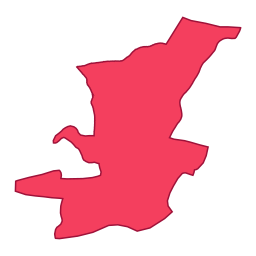 outline of Babonneau Proper, Castries, Saint Lucia
{"feature_id": "8701671B49626021137525", "entity_name": "Babonneau Proper", "entity_type": "district", "adm_level": 2, "iso_a3": "LCA", "parent_name": "Saint Lucia", "parent_adm1": "Castries", "projection": "mercator", "projection_center": [-60.946, 14.006], "detail": "fine", "context": "isolated", "style": "filled", "palette": "rose", "viewbox_px": 256, "rotation_deg": 0, "n_neighbors": 0, "source": "geoboundaries", "source_scale": "gbopen_adm2", "svg_char_len": 5613}
<svg xmlns="http://www.w3.org/2000/svg" viewBox="0 0 256 256"><path d="M182.8,17.4L166.2,44.1L165.8,44.0L165.3,44.2L164.8,43.8L164.2,43.7L163.8,43.7L163.1,43.4L162.6,43.3L162.3,43.3L162.0,43.2L161.4,43.2L160.5,43.1L159.4,43.2L157.8,43.4L157.4,43.6L157.0,43.7L155.7,43.9L155.2,44.0L154.3,44.4L153.8,44.7L153.5,44.8L152.6,45.0L152.2,45.3L151.4,45.8L150.9,45.8L150.1,46.3L149.5,46.4L149.1,46.4L148.6,46.5L148.2,46.6L147.9,46.7L147.5,46.8L147.0,46.6L146.5,46.6L145.7,46.8L145.3,46.7L145.0,46.6L144.4,46.8L143.9,46.7L143.6,46.8L143.1,46.8L142.8,46.9L141.8,47.1L141.3,47.3L140.7,47.3L140.3,47.5L138.8,48.1L138.4,48.3L138.2,48.4L137.9,48.5L137.6,48.8L137.2,49.0L136.9,49.0L136.7,49.2L135.3,49.5L134.8,50.2L134.4,50.6L134.0,50.8L133.5,51.3L133.2,51.6L132.6,52.0L132.2,52.6L131.4,53.3L131.1,53.8L130.9,54.0L130.8,54.3L130.4,54.6L130.3,54.8L130.0,55.1L129.8,55.5L128.1,56.6L127.8,57.0L127.2,57.1L126.3,57.8L125.4,58.6L125.2,58.7L124.9,58.9L124.6,59.3L123.1,60.3L122.5,60.6L121.8,60.8L121.5,60.9L120.7,60.9L119.6,61.2L119.2,61.2L118.6,61.1L118.1,61.1L117.6,61.1L116.2,61.1L115.8,61.0L115.1,61.0L114.8,61.0L114.3,61.3L114.0,61.2L113.5,61.2L113.2,61.1L112.9,61.2L112.5,61.1L111.7,61.2L111.3,61.2L110.9,61.2L110.3,61.2L109.7,61.4L108.4,61.3L107.4,61.3L106.7,61.4L106.0,61.5L105.1,61.6L104.8,61.7L103.7,61.6L102.8,62.0L102.5,62.0L102.2,62.2L101.2,62.1L100.4,62.3L99.7,62.4L99.0,62.4L98.1,62.7L97.2,62.6L96.6,62.7L96.0,62.8L95.2,63.0L93.8,63.1L92.7,63.3L92.0,63.2L91.8,63.1L91.2,63.4L90.3,63.5L89.4,63.8L89.0,63.9L88.7,64.1L87.6,64.4L87.2,64.6L85.8,65.2L84.5,65.7L84.0,65.8L82.8,65.8L82.3,66.0L81.5,66.1L81.0,66.3L80.6,66.3L79.0,66.4L78.6,66.5L78.1,66.6L77.5,66.5L76.8,67.0L77.1,67.4L77.4,67.7L78.0,68.3L78.3,68.7L78.7,69.3L79.2,69.7L79.4,70.0L79.8,70.4L80.5,71.3L81.0,71.9L81.4,72.1L81.8,72.8L82.2,73.2L82.4,73.6L83.0,74.3L83.5,74.6L83.8,75.0L84.2,75.4L84.5,75.8L85.2,76.7L86.2,77.8L86.7,79.0L86.8,79.5L86.9,79.9L86.8,80.4L87.0,81.0L86.8,82.1L86.9,82.7L87.2,83.5L87.3,84.2L87.6,85.0L88.0,85.3L88.3,85.4L88.4,85.7L88.5,86.1L88.8,86.4L89.1,86.9L89.4,87.2L89.9,88.0L90.0,88.4L90.2,88.8L90.4,89.1L90.6,89.4L91.0,90.4L91.7,92.1L93.0,94.6L92.7,94.5L92.4,94.5L92.5,94.8L92.6,95.4L92.6,96.2L93.0,96.8L92.8,97.1L92.8,97.5L92.3,98.5L92.1,99.0L91.8,100.1L91.4,101.1L91.2,101.5L91.2,102.5L91.3,103.5L91.5,103.8L91.8,104.5L92.0,105.0L92.1,105.3L92.6,106.1L92.7,106.4L92.7,106.9L92.9,107.1L93.2,108.3L93.5,108.8L93.4,109.4L93.6,110.4L93.9,111.6L94.0,112.2L94.3,113.7L94.5,114.6L94.6,115.0L94.6,115.6L94.7,115.9L94.7,116.5L94.7,116.8L94.8,117.6L94.7,118.0L94.7,118.4L94.8,118.9L94.8,119.2L94.7,120.0L94.9,120.4L94.7,120.9L94.7,121.3L94.7,122.2L94.8,122.6L94.7,123.9L94.7,124.5L94.6,124.9L94.7,125.7L94.6,126.3L94.6,126.7L94.5,127.1L94.5,127.4L94.5,128.2L94.5,128.5L94.5,128.9L94.4,129.3L94.4,130.1L94.3,130.6L94.3,130.9L94.1,131.4L94.2,131.8L94.2,132.7L94.1,133.1L94.2,133.4L94.1,134.3L94.1,135.7L89.0,135.7L85.3,136.0L80.5,135.0L78.3,132.6L77.5,130.3L76.0,128.3L73.9,126.8L70.3,125.9L67.7,126.6L65.3,127.8L63.1,129.3L61.6,131.0L59.5,132.8L55.6,135.8L53.3,140.6L53.5,142.9L54.2,143.0L55.4,143.0L56.8,142.5L59.1,140.7L60.2,139.6L61.3,138.5L62.5,137.9L63.8,137.4L65.2,138.0L69.1,140.6L71.4,142.2L73.6,144.5L75.5,146.8L76.1,147.4L78.0,148.4L78.9,149.3L79.9,151.0L81.4,154.3L82.1,155.7L82.4,157.1L82.8,158.2L83.2,159.1L83.9,160.2L84.4,160.4L86.0,161.5L88.9,162.7L92.4,162.6L93.9,162.3L94.7,162.3L97.6,163.3L99.0,163.6L99.1,164.7L99.7,167.7L101.1,172.0L100.5,175.3L97.7,176.3L92.3,177.6L82.8,178.6L67.0,178.9L60.9,178.5L61.4,175.2L61.0,172.8L60.0,171.0L59.2,170.3L53.5,170.9L42.0,174.5L29.1,177.4L17.2,180.6L15.7,181.2L15.4,191.2L25.7,194.6L35.3,195.9L43.8,196.7L51.6,197.7L59.2,198.2L62.8,198.6L61.7,202.4L60.8,206.1L60.6,209.8L60.5,213.0L61.1,216.0L62.0,219.0L62.2,221.1L60.8,224.2L60.6,224.4L58.1,226.5L56.9,227.3L55.6,229.5L54.7,234.0L55.2,237.5L55.5,238.3L59.5,238.6L77.7,236.1L92.9,232.3L108.7,225.4L117.8,224.8L127.5,226.7L137.2,231.1L150.0,227.9L164.6,218.6L172.2,211.8L168.1,206.0L167.4,200.8L169.9,192.9L173.4,186.0L177.8,178.5L182.3,173.4L184.1,172.9L185.8,172.9L190.0,174.4L192.9,175.3L193.1,174.9L193.5,173.7L194.0,172.3L194.2,171.3L194.4,170.5L194.5,169.8L196.0,169.6L197.7,168.8L203.2,162.9L206.2,155.7L208.1,147.0L199.8,144.9L190.1,142.1L184.6,140.7L174.0,139.2L169.5,137.7L171.9,132.8L172.9,130.9L173.4,130.1L173.6,129.7L173.9,129.3L175.2,127.3L176.5,125.1L177.8,123.1L178.2,122.8L178.9,122.0L180.0,120.4L180.3,119.9L180.6,119.5L181.0,118.6L181.1,118.2L181.6,116.9L181.8,115.9L181.8,115.4L181.8,114.0L181.6,112.5L181.3,110.5L181.1,109.6L180.9,108.7L180.6,107.3L180.4,106.8L180.2,105.7L180.1,105.3L180.0,104.8L180.0,104.3L179.9,103.8L179.8,102.5L179.9,101.5L180.0,100.9L180.2,99.9L181.1,98.1L181.4,97.7L181.9,96.9L182.4,96.0L183.2,94.9L183.8,94.1L184.9,93.0L185.7,92.4L186.4,91.5L187.1,90.7L187.8,89.9L189.1,88.4L190.3,86.7L191.1,85.4L192.2,83.7L192.8,82.7L192.9,82.3L193.8,80.8L195.0,78.7L196.4,76.7L197.1,75.5L198.1,73.7L198.3,73.3L199.0,72.0L199.3,71.1L199.8,69.8L200.5,67.8L201.0,66.9L201.2,66.5L201.4,66.0L202.1,64.7L202.7,63.8L203.0,63.3L203.7,62.4L204.5,61.8L205.5,60.7L206.2,60.1L209.2,57.0L210.5,55.5L211.1,54.8L212.7,52.8L213.3,52.1L213.7,51.6L214.4,50.8L214.7,50.4L214.8,50.1L215.3,49.1L215.6,48.2L216.2,46.6L217.4,43.6L217.7,43.2L217.9,43.0L218.9,41.7L219.3,41.4L219.8,40.9L221.7,39.7L223.0,39.0L224.4,38.5L225.5,38.3L227.0,38.1L227.9,38.0L230.0,38.3L230.9,38.4L231.9,38.5L233.9,38.4L234.8,38.4L235.2,38.2L235.6,37.8L236.3,37.1L236.5,36.7L239.2,31.8L239.6,31.0L239.8,30.5L240.6,28.1L240.6,27.7L239.7,27.6L228.2,26.9L220.1,26.9L206.0,23.4L191.1,20.6L182.8,17.4Z" fill="#f43f5e" stroke="#9f1239" stroke-width="1.5"/></svg>